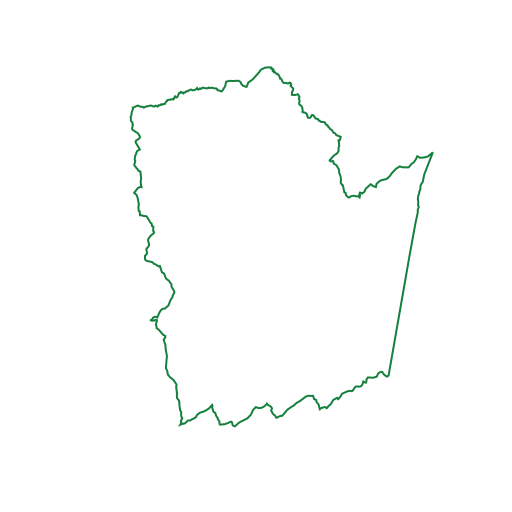 outline of Brodina, Suceava, Romania, rotated 108°
{"feature_id": "2599482B47779623480823", "entity_name": "Brodina", "entity_type": "district", "adm_level": 2, "iso_a3": "ROU", "parent_name": "Romania", "parent_adm1": "Suceava", "projection": "equal_earth", "projection_center": [25.392, 47.847], "detail": "fine", "context": "isolated", "style": "outline", "palette": "green", "viewbox_px": 512, "rotation_deg": 108, "n_neighbors": 0, "source": "geoboundaries", "source_scale": "gbopen_adm2", "svg_char_len": 6102}
<svg xmlns="http://www.w3.org/2000/svg" viewBox="0 0 512 512"><g transform="rotate(108 256 256)"><path d="M390.3,307.1L392.9,304.8L396.0,303.2L397.7,300.5L399.4,296.2L402.6,292.1L403.4,291.6L405.0,291.6L405.9,290.9L406.9,290.8L408.1,289.9L409.8,289.4L410.8,288.6L412.8,288.3L415.4,287.2L416.2,286.4L417.1,284.7L418.1,284.4L418.9,283.5L420.6,283.2L426.3,280.4L427.4,279.0L431.5,277.6L433.2,275.9L435.7,276.5L436.3,276.4L437.3,275.4L439.9,275.9L438.9,274.8L437.2,272.0L433.4,269.8L432.8,267.7L430.9,266.3L430.0,265.0L428.9,264.4L428.1,263.4L425.6,263.0L423.7,261.9L421.9,260.4L420.5,258.2L418.0,255.6L415.5,253.6L411.2,251.7L411.9,251.1L412.6,251.6L417.3,248.3L417.7,246.4L420.3,244.5L422.1,242.2L422.9,242.0L424.4,239.9L427.1,238.7L427.5,238.1L425.5,233.5L421.2,228.4L421.7,227.3L423.8,226.2L424.5,224.8L424.5,223.4L420.3,221.0L418.9,219.9L413.2,214.1L408.5,211.8L403.3,211.2L399.8,209.5L399.8,206.2L398.5,203.6L396.8,202.0L394.3,200.4L393.1,200.1L393.7,199.2L394.7,195.2L395.9,193.7L398.1,193.9L399.7,192.4L401.1,190.8L402.0,188.4L402.5,187.6L403.5,186.9L403.5,186.4L400.6,183.5L399.9,181.7L392.6,178.7L388.0,175.3L387.1,174.2L383.2,172.0L380.3,169.3L374.5,165.3L373.0,163.6L371.4,158.5L372.1,158.2L372.6,157.4L373.5,156.9L373.7,156.4L374.2,156.3L374.3,154.3L376.0,153.4L377.9,150.6L382.0,148.0L380.1,146.6L378.4,143.8L378.5,142.6L378.9,141.7L376.4,140.7L373.7,139.1L368.9,138.0L365.8,135.0L366.8,133.7L365.5,132.9L360.3,131.5L356.5,127.3L355.2,125.1L354.9,123.0L354.4,122.5L350.1,121.3L349.3,120.7L348.7,119.1L348.2,117.0L347.7,116.2L346.7,115.5L345.3,115.1L342.2,115.2L342.7,112.8L342.5,112.3L341.5,112.2L339.3,112.8L336.9,112.0L335.5,106.8L333.3,103.8L330.2,103.6L328.5,102.5L327.4,101.1L327.4,99.9L329.2,97.7L330.3,94.3L329.2,93.3L328.5,93.0L206.7,110.3L176.2,114.4L163.9,115.7L162.5,116.4L158.8,116.4L157.6,117.6L155.1,118.1L151.8,119.7L148.5,120.3L146.4,120.1L143.9,120.6L141.6,120.3L139.1,121.1L137.0,121.2L134.0,120.3L126.3,121.2L102.8,119.8L107.7,122.9L109.0,124.4L110.6,127.0L111.9,130.5L111.3,132.8L111.4,133.6L114.1,133.7L118.2,134.9L120.2,136.5L124.3,138.1L124.7,138.6L126.4,144.3L126.3,146.9L127.4,147.8L129.5,149.6L134.4,152.1L138.4,153.4L141.2,154.8L142.6,155.9L145.5,160.7L148.7,162.9L150.2,163.6L153.4,163.3L153.3,166.4L152.3,169.1L158.1,172.4L161.0,172.7L162.1,173.1L163.7,174.5L163.4,175.2L163.6,176.8L165.9,176.7L165.8,175.9L168.3,175.6L167.8,176.8L168.6,181.9L169.1,183.1L170.3,184.6L171.4,185.2L171.8,186.2L170.3,189.2L168.2,190.3L168.2,191.6L162.1,195.1L161.6,195.8L161.8,196.2L160.1,198.2L157.6,198.6L154.0,200.2L151.4,202.4L148.0,204.0L144.8,207.6L144.1,210.7L142.0,211.8L141.9,212.2L143.0,214.1L142.6,215.4L141.5,215.4L140.2,214.4L138.9,214.2L135.5,212.4L134.5,211.4L132.3,210.2L130.0,210.0L128.3,210.8L125.3,211.0L121.9,212.4L120.7,213.3L120.1,212.9L120.0,212.3L119.3,212.0L116.5,212.3L116.2,217.0L114.9,218.7L114.8,220.3L112.7,222.9L112.4,224.7L110.5,227.2L110.6,227.7L109.4,228.6L109.3,230.3L107.7,231.6L107.7,233.2L108.3,235.2L108.2,236.3L107.6,237.2L107.9,238.1L106.6,239.4L106.8,241.9L104.6,244.7L104.4,245.5L104.8,246.4L107.4,247.0L108.1,247.7L108.4,249.3L107.4,250.3L106.1,250.7L105.6,251.6L104.9,251.9L104.5,254.2L104.8,255.6L104.6,256.4L103.1,256.6L100.2,258.1L99.2,259.5L98.3,261.8L97.5,262.2L94.7,262.5L93.0,264.0L91.5,263.7L89.5,265.6L89.3,266.2L90.9,268.8L91.6,271.7L88.3,272.5L87.1,271.9L85.3,272.3L83.4,275.8L81.9,275.5L80.8,276.5L80.7,277.6L81.8,278.4L82.2,279.7L82.1,280.9L82.8,282.5L82.6,283.7L82.3,284.4L80.3,286.2L79.7,287.0L79.9,287.9L78.8,288.5L76.6,290.7L76.6,291.9L76.1,292.2L76.2,293.3L75.5,294.7L75.7,295.6L74.8,295.8L75.0,296.8L74.1,296.7L73.5,297.0L74.0,297.6L72.9,298.1L73.1,299.5L72.1,299.7L72.3,301.2L73.2,303.8L73.9,304.8L74.1,305.7L77.4,309.0L79.8,309.6L89.1,313.7L93.4,316.9L98.0,317.2L98.3,318.0L98.0,319.9L98.1,321.1L96.8,323.3L95.4,324.3L94.7,326.7L97.0,332.9L97.4,334.9L99.4,338.3L103.9,337.8L108.6,338.9L110.2,339.8L110.0,341.8L110.2,343.9L109.2,344.5L108.9,345.3L109.3,346.8L109.6,349.9L110.6,352.1L110.4,353.0L111.6,354.0L112.3,357.2L112.3,358.7L114.2,360.1L113.9,361.1L115.6,362.2L115.5,362.9L114.5,364.0L116.2,364.7L117.4,366.0L118.0,367.4L117.8,369.3L118.8,370.6L120.4,371.7L120.7,373.1L122.1,373.7L122.4,374.0L122.5,374.9L123.8,375.2L123.8,376.0L123.0,377.8L123.2,378.2L124.5,378.7L124.7,379.5L129.0,379.9L130.0,380.9L129.2,382.3L132.3,382.9L132.0,383.4L133.1,384.3L133.4,385.6L134.1,386.4L134.7,387.9L135.7,388.7L136.0,388.5L137.2,389.2L139.7,389.8L140.0,391.0L141.2,392.0L141.0,393.1L141.9,393.4L142.7,394.6L142.7,395.2L144.3,395.8L144.0,397.9L145.4,399.2L145.5,400.3L145.3,401.8L145.6,403.1L146.8,404.7L147.2,405.9L149.6,408.8L149.1,410.0L149.6,411.0L149.7,412.5L149.4,414.7L150.1,415.8L152.7,418.4L152.9,419.0L154.2,418.5L158.8,418.5L160.2,418.0L162.8,418.2L163.7,417.5L165.6,417.0L166.3,416.5L167.2,414.8L169.0,414.1L169.1,413.7L173.2,413.2L174.2,412.3L175.9,406.0L178.5,403.1L179.5,403.1L181.7,404.3L182.9,405.5L184.3,405.9L185.4,405.3L190.6,399.4L193.0,401.5L198.6,401.8L202.1,401.1L203.1,400.1L206.9,400.0L207.9,399.2L208.4,397.9L209.4,396.9L210.0,395.5L211.2,394.4L211.4,392.1L217.4,389.3L221.8,388.4L225.9,386.2L226.1,387.5L227.9,389.4L233.6,391.4L234.4,389.3L235.4,387.9L237.9,386.2L243.4,383.2L245.6,383.1L249.3,381.5L249.4,380.5L253.1,378.9L252.6,377.5L252.7,375.3L252.1,372.8L252.2,372.1L257.2,366.3L257.3,365.4L259.7,364.1L259.8,362.7L263.8,361.6L264.9,360.2L265.9,360.3L269.0,362.3L272.6,363.6L273.5,363.7L275.1,363.2L277.7,361.4L279.1,361.0L283.5,362.4L287.0,360.4L289.0,361.0L290.1,361.7L293.6,360.4L294.4,358.4L293.9,353.4L294.0,352.1L294.9,351.0L295.0,348.7L296.0,345.5L295.2,344.3L300.6,340.4L301.0,338.1L305.0,334.9L305.6,333.8L306.4,331.3L308.9,327.8L311.4,326.8L314.5,323.2L315.8,322.3L318.6,322.9L320.8,322.7L324.4,323.7L330.1,324.0L334.3,326.5L334.8,328.0L335.4,328.7L336.7,329.6L339.6,330.4L344.6,330.8L344.9,333.2L346.6,334.9L348.3,335.1L349.5,336.2L349.8,335.8L349.2,333.4L347.2,330.8L348.4,330.2L352.3,330.0L354.0,328.7L355.4,328.1L356.1,325.7L359.5,320.2L360.1,317.6L361.4,317.1L364.2,317.9L368.8,314.6L372.6,313.1L378.4,309.9L390.3,307.1Z" fill="none" stroke="#15803d" stroke-width="2"/></g></svg>